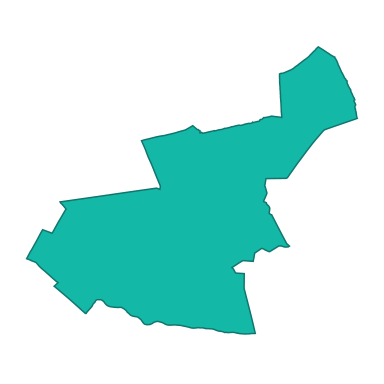 Boldur, Timis, Romania, rotated 179°
{"feature_id": "2599482B65945802034893", "entity_name": "Boldur", "entity_type": "district", "adm_level": 2, "iso_a3": "ROU", "parent_name": "Romania", "parent_adm1": "Timis", "projection": "equal_earth", "projection_center": [21.738, 45.676], "detail": "fine", "context": "isolated", "style": "filled", "palette": "teal", "viewbox_px": 384, "rotation_deg": 179, "n_neighbors": 0, "source": "geoboundaries", "source_scale": "gbopen_adm2", "svg_char_len": 5809}
<svg xmlns="http://www.w3.org/2000/svg" viewBox="0 0 384 384"><g transform="rotate(179 192 192)"><path d="M299.1,187.5L324.1,184.4L323.8,183.8L323.7,183.5L322.1,182.0L320.7,180.3L318.2,177.1L318.7,176.5L323.3,168.9L325.8,164.9L328.1,160.9L332.5,153.3L332.6,153.2L342.0,156.9L343.8,153.9L348.4,145.6L350.8,141.5L353.1,137.5L354.6,135.2L355.8,133.1L358.5,128.2L354.2,126.5L354.2,126.3L349.2,124.3L346.0,120.4L343.9,118.3L341.1,115.9L336.2,111.4L334.0,109.3L329.5,105.2L327.5,103.7L331.5,100.2L325.6,95.1L317.1,87.6L308.6,79.8L303.3,74.8L300.8,72.5L300.0,72.4L299.0,73.9L296.7,76.4L294.2,79.1L293.7,79.9L292.9,81.6L291.0,83.5L290.1,85.1L289.7,85.6L288.8,85.9L287.8,86.0L285.7,85.9L284.6,85.8L283.5,85.1L283.0,84.7L282.0,83.8L280.7,81.9L279.6,80.7L278.6,79.9L276.9,79.1L275.5,78.7L271.4,78.1L267.2,77.8L266.6,78.0L266.4,78.0L265.4,77.9L265.0,78.0L264.7,77.9L263.6,77.3L262.4,76.6L262.0,76.4L261.8,76.2L260.7,75.3L260.2,74.9L259.6,74.1L259.4,73.9L259.3,73.7L259.1,73.4L258.8,72.9L257.2,71.6L255.9,70.2L255.6,70.0L254.1,69.2L253.6,69.0L251.5,68.5L249.5,68.2L248.9,68.1L248.6,68.0L248.3,67.8L246.0,65.9L245.5,65.4L244.8,64.7L244.3,63.8L243.7,63.0L243.4,62.4L243.2,62.2L242.4,61.3L241.9,60.9L241.6,60.7L241.0,60.5L239.9,60.2L238.3,60.1L237.3,60.2L236.1,60.3L234.8,60.9L234.0,61.2L233.6,61.6L232.0,62.5L231.4,62.7L229.8,63.1L228.8,63.2L228.4,63.2L227.5,63.0L224.4,62.1L222.4,61.2L221.1,60.3L220.6,60.1L219.6,59.7L219.1,59.6L218.2,59.4L216.9,59.3L214.5,59.3L212.8,59.4L212.0,59.4L211.6,59.4L211.2,59.4L208.6,59.1L207.2,59.0L206.2,58.9L203.9,58.4L202.3,58.0L200.8,57.7L199.1,57.3L197.2,56.8L195.5,56.2L193.4,55.9L192.3,55.9L191.7,55.9L190.5,56.0L188.4,56.2L187.5,56.3L187.1,56.1L186.4,56.0L184.1,56.0L183.5,56.0L181.1,55.3L180.7,55.2L178.1,55.1L176.1,54.9L174.5,54.8L173.5,54.6L172.1,54.2L171.0,53.7L170.0,53.2L168.4,52.7L167.3,52.4L164.4,52.0L163.3,51.7L162.1,51.1L161.9,51.0L161.5,50.9L161.4,50.9L161.0,51.1L160.6,51.1L160.1,51.0L158.4,50.8L158.2,50.8L158.0,50.7L156.7,50.9L155.1,50.9L154.4,51.0L154.0,51.0L153.2,50.9L152.4,50.9L152.0,50.8L150.9,50.5L150.7,50.4L150.2,50.3L149.0,50.0L148.3,50.0L147.0,49.6L146.1,49.5L141.2,49.1L138.6,49.2L136.9,49.2L136.3,49.3L135.3,49.5L134.4,49.4L133.0,49.5L131.8,49.4L131.2,49.5L133.6,60.7L135.8,70.3L141.6,94.7L141.2,109.5L148.8,110.1L149.4,110.2L150.1,110.7L151.8,114.1L153.4,115.8L148.8,118.6L147.0,119.8L142.8,122.3L141.9,122.5L132.0,121.6L130.7,128.0L130.4,129.8L123.3,134.4L121.2,133.7L120.3,133.0L116.3,131.1L115.7,131.0L115.2,131.1L106.3,136.4L105.9,136.5L103.7,136.5L101.1,135.6L99.8,135.3L96.8,135.4L96.4,135.6L95.5,136.2L97.9,138.4L98.6,139.5L101.4,144.9L108.3,158.8L112.8,167.9L113.8,168.1L113.9,168.3L114.2,168.6L114.8,168.9L115.2,169.3L115.3,169.9L115.1,170.3L115.0,170.7L114.7,172.5L114.7,173.3L114.5,173.9L114.6,174.7L114.9,175.5L115.7,176.8L117.7,178.7L117.7,179.1L117.7,179.5L117.9,180.0L120.4,181.1L120.6,181.5L118.6,185.9L117.2,189.2L117.1,189.8L118.8,196.2L119.3,196.9L119.2,197.2L118.9,197.9L118.6,199.7L117.8,204.1L98.1,204.0L97.5,204.1L96.9,204.3L96.3,204.7L94.0,207.9L87.0,217.5L76.5,231.1L70.9,238.1L67.5,242.1L59.8,250.7L59.0,251.4L58.4,251.9L55.2,253.0L25.5,262.7L25.8,263.5L26.0,264.7L26.1,265.1L26.2,265.8L26.4,267.2L26.5,268.5L26.7,269.6L27.0,270.3L27.0,270.8L27.1,271.8L27.6,273.4L27.6,274.2L27.7,274.6L27.5,275.1L27.2,275.5L27.0,275.9L26.8,276.2L26.8,276.3L27.2,277.4L27.4,277.8L27.5,278.1L28.0,279.0L28.3,279.6L28.5,280.6L28.3,280.9L28.1,281.1L27.6,281.3L28.3,283.2L28.9,284.2L29.5,285.4L30.1,287.0L31.4,289.8L31.5,290.1L31.5,290.4L31.4,290.8L31.5,291.0L31.7,291.6L31.8,291.8L32.2,292.4L32.8,293.3L33.0,293.8L33.8,295.2L34.4,296.9L34.9,297.9L35.1,298.6L35.0,299.6L35.0,300.0L35.0,300.3L35.2,300.6L35.8,301.0L36.0,301.2L36.1,301.5L36.3,302.0L36.5,302.4L36.7,302.6L37.1,303.0L37.6,303.6L37.8,303.9L37.9,304.1L37.9,304.5L38.0,304.7L39.9,308.6L40.1,308.8L40.6,309.6L40.6,310.0L40.8,310.5L41.3,311.3L41.6,312.3L43.1,315.7L43.7,316.8L43.8,317.6L44.2,318.6L44.8,320.2L45.3,321.2L46.3,323.0L47.0,324.1L47.0,324.5L47.4,324.5L51.2,326.8L51.7,327.2L53.2,328.3L53.7,328.6L54.4,329.0L56.1,330.2L58.7,332.0L60.6,333.2L63.2,334.9L63.9,334.3L65.2,333.2L66.0,332.1L66.6,331.5L69.0,329.3L70.2,328.0L70.9,327.5L72.2,326.0L73.6,324.7L73.9,324.5L74.5,324.0L76.2,322.8L77.2,322.2L81.4,319.0L82.2,318.5L83.3,317.6L85.1,316.3L86.2,315.6L87.4,314.7L88.3,313.9L90.7,312.5L96.1,310.3L98.3,309.4L99.5,309.1L100.8,309.1L101.6,308.9L102.4,308.5L102.5,305.9L102.4,302.6L102.5,300.1L102.1,295.1L102.2,294.2L101.9,289.8L102.0,288.8L101.8,287.2L101.9,285.7L101.5,279.7L101.3,272.2L101.4,271.4L101.3,271.0L101.0,266.4L101.0,265.0L111.2,266.5L113.7,265.8L116.2,265.4L117.8,265.1L119.0,265.2L119.8,264.4L120.2,263.9L120.9,263.4L121.2,263.3L121.5,263.3L122.0,263.4L122.4,263.3L122.8,262.9L123.1,262.5L123.2,262.0L123.3,261.7L124.3,261.5L125.2,261.4L127.7,260.8L129.0,260.5L129.5,260.5L130.2,260.8L130.5,260.2L130.9,260.0L131.5,259.7L133.4,259.5L133.6,259.6L133.8,259.7L135.9,259.3L138.3,258.8L140.3,258.1L142.3,257.7L143.2,257.9L143.7,258.0L144.3,258.0L144.8,257.8L146.8,257.5L149.7,256.7L151.0,256.6L151.7,256.4L153.1,255.9L157.8,254.9L158.1,255.1L158.4,255.1L160.1,254.3L162.1,253.9L163.7,253.8L168.1,252.6L168.5,253.0L169.6,252.7L173.6,251.9L178.2,250.9L181.3,250.4L181.0,250.6L180.9,250.9L181.0,251.2L181.5,251.5L181.9,251.5L182.4,251.1L183.0,251.0L183.1,251.5L182.9,252.3L182.9,252.8L183.0,253.2L183.1,253.3L183.9,253.4L184.3,253.7L184.6,254.2L184.8,254.3L185.2,254.3L185.7,254.4L190.1,258.3L192.7,256.8L197.1,254.4L197.8,254.1L198.8,253.8L205.2,252.2L206.2,251.8L211.1,250.6L216.0,249.6L217.0,249.3L219.0,248.9L219.9,248.8L222.9,248.4L226.3,247.8L235.7,245.6L236.8,245.4L241.6,244.2L239.6,239.5L238.2,236.2L235.2,227.8L232.1,220.7L230.0,215.3L228.1,210.2L223.5,198.4L224.1,195.2L227.3,196.5L250.0,193.7L299.1,187.5Z" fill="#14b8a6" stroke="#0f766e" stroke-width="1.5"/></g></svg>